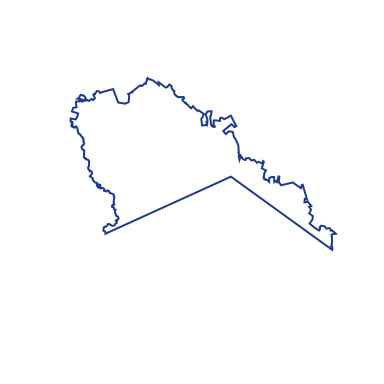 La Trinitaria, Chiapas, Mexico, rotated 36°
{"feature_id": "50627088B54619766562201", "entity_name": "La Trinitaria", "entity_type": "district", "adm_level": 2, "iso_a3": "MEX", "parent_name": "Mexico", "parent_adm1": "Chiapas", "projection": "orthographic", "projection_center": [-91.937, 15.979], "detail": "fine", "context": "isolated", "style": "outline", "palette": "blue", "viewbox_px": 384, "rotation_deg": 36, "n_neighbors": 0, "source": "geoboundaries", "source_scale": "gbopen_adm2", "svg_char_len": 5893}
<svg xmlns="http://www.w3.org/2000/svg" viewBox="0 0 384 384"><g transform="rotate(36 192 192)"><path d="M291.6,131.8L289.1,134.3L287.6,131.9L287.4,131.2L289.6,130.5L277.3,121.1L276.7,122.1L277.1,122.5L277.9,124.8L269.0,125.1L268.0,125.0L260.2,134.1L256.4,133.0L253.7,128.3L252.9,128.5L254.8,133.9L253.7,133.6L252.8,135.7L249.6,131.7L248.9,132.1L247.4,133.3L247.0,134.2L246.3,135.1L247.6,137.3L248.4,138.4L246.5,138.0L243.6,139.0L243.8,138.4L241.4,138.3L240.5,136.1L239.8,135.0L239.3,133.7L239.2,133.0L239.2,131.1L234.6,131.8L232.3,125.3L231.4,125.2L232.1,127.7L229.3,128.1L228.1,128.6L227.3,130.2L223.4,129.4L221.6,131.6L218.4,130.9L216.8,132.4L215.9,133.1L216.4,134.7L215.3,135.1L214.2,135.3L212.9,135.2L212.0,134.7L210.3,134.1L211.5,138.0L208.4,135.1L208.8,133.9L206.4,132.9L206.4,132.3L201.9,126.9L196.3,123.7L195.5,123.4L193.6,122.9L189.7,119.4L186.2,121.2L185.3,125.3L181.4,124.3L184.1,113.9L187.0,114.2L187.5,114.6L188.5,114.2L189.0,112.6L178.5,107.4L175.5,113.9L171.7,114.8L171.3,115.5L172.8,118.1L169.4,119.9L167.6,121.2L169.9,125.1L170.6,125.1L171.9,125.5L172.1,125.9L171.9,126.3L169.6,127.1L167.4,126.0L166.6,125.0L165.9,123.9L164.5,122.8L162.2,120.0L162.5,119.0L160.3,115.2L158.5,116.6L157.2,117.8L157.4,121.3L161.2,123.7L163.3,126.2L163.1,126.4L163.3,126.4L163.5,126.6L163.4,126.9L163.2,127.0L163.3,127.2L163.7,127.1L164.1,128.2L163.9,128.3L164.0,128.4L164.6,128.7L164.5,129.0L164.8,129.3L164.3,129.5L161.0,132.2L156.5,127.3L156.5,125.5L155.7,121.9L149.5,122.0L149.1,123.1L144.7,122.6L142.3,122.0L142.2,123.0L142.3,123.4L142.0,124.9L134.7,123.6L134.7,124.1L130.3,123.4L129.9,122.9L129.9,122.6L130.1,121.5L130.6,120.9L129.4,120.1L126.1,122.5L125.8,123.0L125.5,123.0L125.1,123.4L123.8,123.3L123.4,123.6L121.0,123.2L119.8,122.6L119.3,122.3L118.8,121.6L118.2,120.6L116.8,120.9L114.4,119.9L114.2,119.4L113.4,118.5L113.1,118.3L110.5,118.3L110.4,121.4L109.3,123.0L100.5,122.8L101.8,124.5L102.2,124.9L95.0,124.7L91.8,125.4L91.8,125.6L91.6,125.8L90.9,126.1L89.2,125.9L89.3,126.2L89.0,127.0L89.7,127.7L90.0,128.3L90.2,128.9L90.3,129.9L91.0,131.7L89.7,132.2L89.7,133.5L89.6,134.4L89.1,135.5L88.4,136.3L87.4,136.1L84.5,146.4L84.9,146.6L84.4,147.1L83.3,149.3L82.7,150.1L84.4,150.8L87.0,154.9L87.9,156.6L86.0,159.8L79.7,163.0L67.7,155.1L60.6,164.0L59.4,165.9L58.4,165.3L57.8,165.3L57.3,165.3L56.5,165.8L55.9,165.9L55.7,167.5L55.8,168.4L55.6,169.6L55.9,169.9L54.9,170.8L55.1,171.4L56.1,171.8L58.4,173.3L57.9,175.9L56.0,175.7L55.0,179.0L51.2,179.2L50.5,179.0L49.7,178.1L47.9,177.6L44.7,178.9L45.0,181.0L45.1,182.3L44.6,183.8L46.8,182.5L47.0,182.9L46.8,183.2L47.3,183.8L48.0,182.4L50.7,181.1L51.6,181.1L50.7,181.9L50.5,183.0L48.6,184.0L45.1,187.0L45.8,188.4L48.8,191.3L46.4,193.8L47.5,197.4L53.6,195.4L55.1,198.7L54.9,200.1L55.3,201.6L51.0,203.7L51.2,203.8L51.5,203.8L51.5,205.3L51.7,205.7L52.8,206.0L53.1,206.2L53.9,205.7L54.0,205.9L53.9,206.6L54.7,206.4L55.0,206.6L55.3,207.0L55.1,207.9L55.4,208.1L55.8,207.9L55.9,208.0L56.1,208.7L55.9,208.8L55.5,208.4L55.3,208.6L55.5,209.1L55.8,209.2L55.7,209.4L55.8,209.5L56.7,209.2L56.8,209.4L56.8,209.6L57.1,209.6L57.5,209.5L57.6,208.9L59.0,208.7L59.0,208.4L59.1,208.1L59.3,208.6L60.0,207.6L60.5,207.3L61.0,207.3L63.1,209.0L63.8,209.6L64.5,210.5L65.4,211.1L66.3,211.0L67.0,211.5L67.6,211.1L70.1,212.1L70.5,212.0L71.6,212.1L72.2,213.1L72.9,212.9L73.7,213.4L74.0,213.8L74.2,215.0L75.6,215.5L76.4,216.3L76.4,216.7L76.3,217.2L76.5,217.9L76.5,218.2L75.9,219.1L76.1,220.6L76.6,220.7L77.1,221.2L78.4,222.0L78.6,221.9L79.2,221.9L80.2,221.5L80.7,222.1L80.8,222.5L81.4,223.0L82.2,224.9L83.2,225.3L83.6,226.9L84.7,227.7L85.3,227.8L85.9,227.2L86.2,227.0L86.6,227.1L87.1,227.7L87.4,227.7L87.6,227.7L89.0,227.0L90.5,227.3L90.7,227.8L90.8,228.2L91.5,228.8L92.5,230.4L93.2,231.1L93.6,233.2L93.7,233.6L94.0,234.0L95.2,234.6L95.5,234.5L95.8,234.3L96.2,234.3L96.7,235.1L97.2,235.3L97.8,234.8L98.9,234.5L99.5,234.8L99.9,235.3L100.2,235.6L100.2,239.3L103.6,239.2L104.8,240.6L106.9,241.0L107.6,241.3L108.7,240.8L109.4,241.1L110.0,240.5L110.3,240.5L110.8,241.1L110.5,241.3L110.5,241.8L111.0,242.3L111.5,242.6L111.9,241.5L112.7,240.5L113.2,240.2L113.9,240.3L114.4,241.0L114.4,241.3L113.2,242.4L113.1,243.4L113.5,243.5L114.8,242.3L115.8,243.0L116.0,243.0L116.3,242.4L116.1,242.0L117.3,241.3L118.3,241.1L118.9,241.1L119.6,241.5L119.6,242.1L120.0,242.7L121.3,242.1L122.0,242.1L122.5,241.9L122.6,241.7L122.6,240.4L123.0,240.2L124.3,240.1L125.0,240.3L125.4,240.8L126.1,241.2L126.4,241.1L127.1,240.7L128.6,240.4L129.6,240.0L130.4,240.2L131.0,240.8L131.3,241.6L131.8,241.6L132.3,241.8L133.1,243.7L133.6,244.2L134.1,245.7L134.4,245.8L134.9,246.2L135.0,246.7L135.3,247.1L136.0,247.8L136.4,247.9L135.4,248.9L135.3,249.2L135.5,250.3L135.9,251.0L136.4,250.9L137.1,250.5L137.2,250.3L138.1,250.7L138.5,251.5L138.8,251.7L139.4,251.6L140.5,251.3L140.7,251.6L140.9,251.9L140.8,252.8L142.5,254.3L144.1,255.4L144.4,255.6L144.6,255.5L145.4,256.0L145.9,255.5L146.3,255.4L147.8,256.3L148.3,256.7L148.1,258.0L148.2,258.4L147.6,258.8L147.8,259.1L147.3,259.6L147.2,259.9L147.8,260.0L148.2,259.9L148.4,260.2L149.0,260.7L148.8,261.1L149.1,261.6L148.8,262.3L148.7,262.8L148.9,263.9L148.9,264.5L148.7,265.0L148.1,265.7L147.2,266.3L145.3,266.4L143.5,266.7L143.4,267.0L142.8,267.5L143.0,268.1L143.0,269.3L142.8,269.9L142.7,270.8L142.5,271.0L141.6,271.5L141.5,272.0L141.5,272.4L142.9,275.3L143.6,275.4L144.6,275.1L145.1,275.0L146.0,275.8L146.5,276.6L214.5,156.7L339.4,156.4L338.3,154.5L337.2,153.8L336.5,154.1L336.5,153.0L335.8,152.4L334.8,150.2L331.5,145.9L330.7,145.5L330.0,144.3L330.0,144.2L332.9,141.2L328.7,140.8L327.7,140.8L326.9,141.7L325.6,140.6L324.5,140.4L322.3,142.6L319.6,141.9L317.4,142.7L316.0,143.8L316.2,144.9L316.1,145.3L316.2,145.6L317.0,146.3L317.3,147.5L317.5,147.6L317.5,148.4L313.6,148.8L305.7,148.5L305.6,143.3L303.9,140.5L299.3,140.3L299.4,139.6L299.2,138.9L299.1,137.9L298.6,136.3L295.8,135.1L295.5,135.1L296.7,133.2L291.6,131.8Z" fill="none" stroke="#1e3a8a" stroke-width="2"/></g></svg>